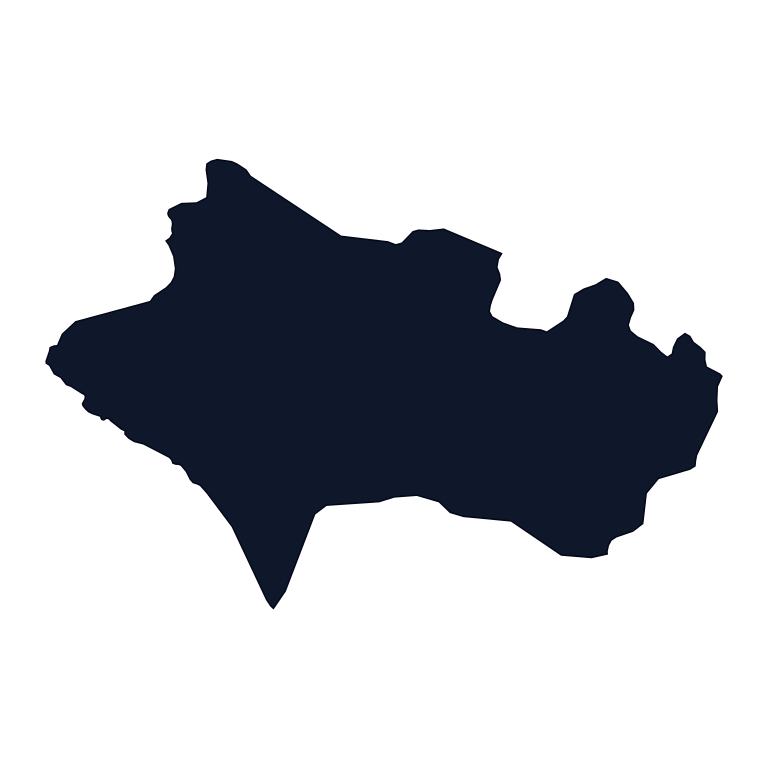 the Province of Lorestan
{"feature_id": "IRN-3220", "entity_name": "Lorestan", "entity_type": "Province", "adm_level": 1, "iso_a3": "IRN", "parent_name": "Iran", "parent_adm1": "", "projection": "albers", "projection_center": [48.245, 33.479], "detail": "fine", "context": "isolated", "style": "filled", "palette": "ink", "viewbox_px": 768, "rotation_deg": 0, "n_neighbors": 0, "source": "natural_earth", "source_scale": "10m", "svg_char_len": 2102}
<svg xmlns="http://www.w3.org/2000/svg" viewBox="0 0 768 768"><path d="M721.9,376.2L717.3,386.5L716.7,400.4L717.4,411.4L696.5,455.2L695.4,461.2L695.0,465.9L689.9,469.1L658.3,478.5L646.2,493.2L642.7,523.5L633.0,531.0L616.0,536.9L611.1,540.2L608.3,545.4L607.0,551.5L607.2,554.0L591.5,557.5L561.3,555.0L511.1,520.9L463.6,516.4L450.2,512.4L439.1,501.7L416.9,495.2L394.2,496.9L379.1,501.6L326.3,505.2L314.7,514.0L285.2,591.1L273.4,608.4L270.8,605.9L266.6,599.6L232.3,526.6L207.3,493.2L200.4,485.4L197.2,483.8L193.2,482.6L190.4,479.5L186.3,471.4L181.2,465.3L178.9,464.3L175.7,464.1L172.9,463.1L171.8,460.0L169.5,457.3L143.4,443.8L134.3,441.5L128.9,438.2L125.0,434.1L125.1,430.8L121.3,429.0L110.9,420.8L109.9,419.6L108.7,418.6L107.0,418.2L105.6,418.5L104.5,419.6L103.3,419.9L101.8,419.4L101.1,418.2L100.8,416.9L100.5,416.2L92.5,413.6L88.6,411.7L85.9,409.2L83.1,405.8L82.5,403.7L85.0,399.2L85.4,396.7L84.6,394.5L82.4,393.5L70.9,386.2L66.4,384.6L60.9,377.4L54.3,373.8L49.6,365.2L46.3,363.2L46.1,361.3L49.5,351.4L50.2,347.6L53.8,346.1L57.5,345.7L62.4,334.2L75.7,321.8L150.3,301.6L154.5,295.7L166.4,287.8L171.5,282.5L174.4,276.8L175.6,268.7L173.8,256.2L169.0,244.9L166.1,240.9L169.8,238.3L172.9,233.4L172.1,231.4L171.9,228.7L172.6,223.9L172.2,221.0L171.2,218.9L169.7,217.4L168.5,215.7L167.9,213.2L169.3,209.6L181.5,203.6L196.6,203.0L206.9,197.7L208.2,183.4L206.3,169.6L207.0,163.9L211.1,161.3L217.2,159.6L231.7,161.7L237.0,164.1L246.0,170.0L250.3,176.3L340.9,236.3L387.9,241.9L395.7,244.9L402.0,243.2L413.1,231.7L418.6,230.2L429.8,230.8L443.7,229.2L501.6,253.6L498.3,259.0L496.8,267.3L499.5,274.2L500.3,280.0L492.0,299.7L490.2,305.4L489.2,311.5L492.0,316.8L502.8,323.1L516.9,328.1L540.9,330.0L546.8,332.2L563.6,321.2L567.6,316.9L574.6,294.6L584.0,289.1L595.7,285.0L606.2,278.7L617.9,282.3L627.4,293.5L633.3,303.3L633.6,310.1L630.3,317.5L628.1,325.1L630.2,331.0L637.2,336.9L653.3,344.7L660.7,352.3L667.3,357.4L672.3,354.0L673.6,347.4L677.6,339.0L685.0,333.6L689.8,336.4L693.3,342.4L700.2,347.6L704.9,352.3L704.7,359.8L706.3,367.0L720.0,374.2L721.9,376.2Z" fill="#0f172a" stroke="#020617" stroke-width="1.5"/></svg>